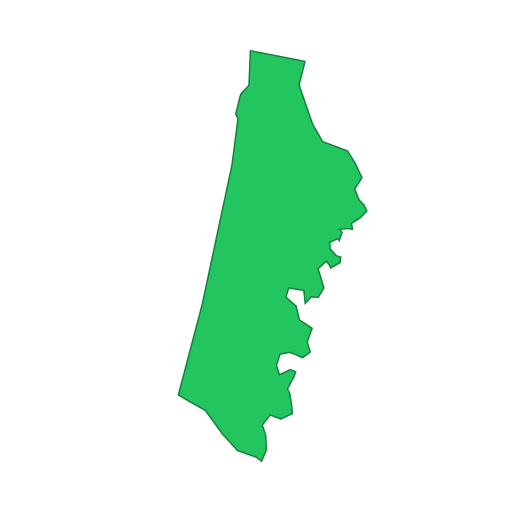 outline of Kparblee, Nimba, Liberia, rotated 335°
{"feature_id": "62588387B31416079447902", "entity_name": "Kparblee", "entity_type": "district", "adm_level": 2, "iso_a3": "LBR", "parent_name": "Liberia", "parent_adm1": "Nimba", "projection": "orthographic", "projection_center": [-8.524, 6.647], "detail": "fine", "context": "isolated", "style": "filled", "palette": "green", "viewbox_px": 512, "rotation_deg": 335, "n_neighbors": 0, "source": "geoboundaries", "source_scale": "gbopen_adm2", "svg_char_len": 1437}
<svg xmlns="http://www.w3.org/2000/svg" viewBox="0 0 512 512"><g transform="rotate(335 256 256)"><path d="M175.8,443.1L178.5,440.6L183.3,436.3L188.9,423.1L190.3,411.8L201.6,406.1L209.6,414.2L222.3,414.2L225.1,406.6L228.4,395.3L228.4,389.6L239.2,381.6L243.0,377.8L239.2,373.5L227.0,373.5L227.4,370.8L228.4,363.6L233.0,358.7L235.4,356.1L236.4,355.1L239.1,355.8L245.8,357.5L250.0,361.7L255.2,367.9L264.6,366.0L266.0,355.6L268.8,352.7L276.3,345.2L268.4,332.4L268.7,330.5L270.1,323.8L271.2,318.2L265.6,305.9L266.5,305.0L272.2,298.8L284.8,307.4L280.6,319.7L288.6,316.4L295.1,319.7L304.1,313.5L304.4,311.0L306.9,293.7L317.7,290.4L318.7,295.6L318.6,298.4L329.5,297.5L332.3,292.8L329.0,289.9L326.2,280.9L328.7,274.5L329.1,274.8L337.5,274.8L337.9,277.2L344.0,271.0L343.1,267.2L350.1,269.6L354.8,272.5L355.9,268.3L356.3,266.8L366.6,265.4L375.5,262.1L375.5,255.9L373.1,248.8L373.7,237.0L385.1,229.8L385.1,224.6L385.1,214.2L384.0,205.1L383.4,199.6L364.7,180.5L363.9,170.6L363.4,164.8L363.0,160.2L363.7,153.5L365.4,137.3L367.3,119.2L371.2,114.4L371.8,113.7L382.6,100.4L378.7,97.5L378.2,97.1L352.5,78.4L337.7,67.6L332.4,77.8L321.7,98.4L311.2,102.5L310.3,103.4L308.7,104.9L297.7,118.7L297.7,123.9L281.8,149.0L272.8,163.2L231.5,217.9L187.6,276.1L178.7,286.9L154.4,316.0L144.1,328.5L126.9,349.1L134.5,360.2L144.8,374.4L150.4,403.2L157.0,424.5L171.5,438.7L174.0,443.7L174.3,444.4L175.8,443.1Z" fill="#22c55e" stroke="#15803d" stroke-width="1.5"/></g></svg>